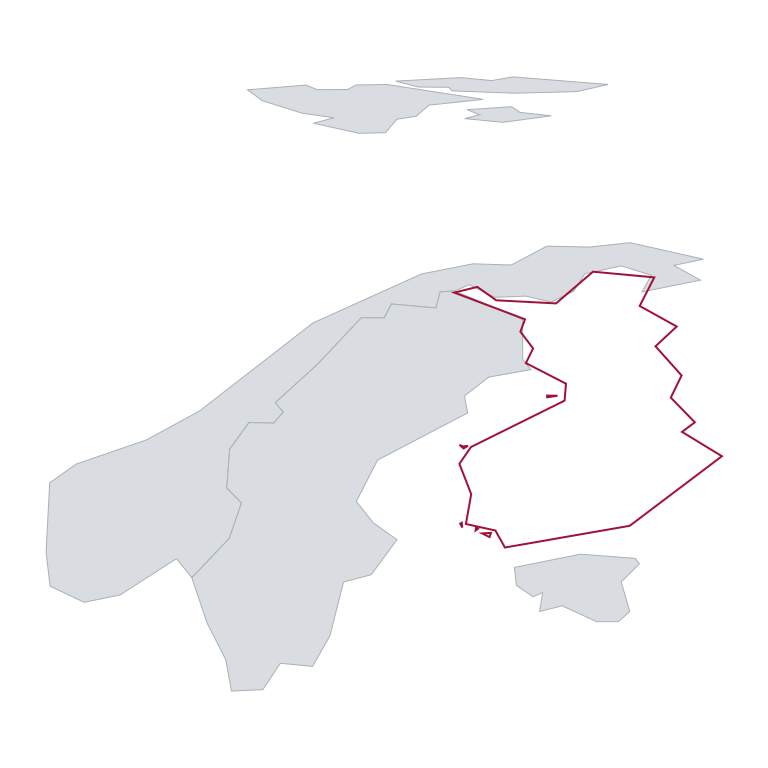 Finland shown with its bordering countries
{"feature_id": "FIN", "entity_name": "Finland", "entity_type": "country or territory", "adm_level": 0, "iso_a3": "FIN", "parent_name": "Europe", "parent_adm1": "", "projection": "equal_earth", "projection_center": [24.864, 64.94], "detail": "coarse", "context": "with_neighbors", "style": "outline", "palette": "rose", "viewbox_px": 768, "rotation_deg": 0, "n_neighbors": 3, "source": "natural_earth", "source_scale": "50m", "svg_char_len": 2457}
<svg xmlns="http://www.w3.org/2000/svg" viewBox="0 0 768 768"><path d="M347.5,89.5L356.1,85.0L387.2,84.5L483.2,99.4L428.9,105.1L416.2,116.3L397.0,119.2L385.4,132.7L359.1,133.3L313.5,123.3L333.9,117.7L302.1,113.2L262.2,100.7L247.5,89.8L306.2,85.1L317.1,89.7L347.5,89.5ZM700.4,280.1L642.0,291.9L651.3,275.2L621.0,265.9L584.9,273.8L573.6,291.3L551.1,302.0L525.8,296.1L495.0,297.3L469.2,284.6L454.8,290.9L440.2,291.9L435.9,308.0L391.5,304.0L384.2,317.8L361.3,317.8L317.2,364.6L275.4,402.6L283.4,412.0L273.6,423.1L249.0,422.6L229.7,449.2L226.8,487.9L241.5,502.9L229.2,538.6L191.8,577.7L176.5,558.6L120.2,594.9L84.1,602.3L50.1,586.2L46.1,552.6L49.7,482.8L76.3,464.0L146.4,439.9L199.6,410.9L313.0,322.9L421.4,274.0L473.1,263.8L511.3,265.0L546.9,246.1L589.0,247.1L630.2,242.7L703.4,259.2L673.9,265.4L700.4,280.1ZM608.1,84.5L576.8,91.6L515.0,93.2L452.3,90.9L448.7,87.3L418.2,87.0L395.6,81.1L461.1,77.6L491.6,80.6L513.1,76.9L608.1,84.5ZM551.2,115.8L502.8,122.3L464.7,118.6L479.8,114.6L467.0,109.7L511.7,106.7L520.1,112.4L551.2,115.8Z" fill="#d9dde1" stroke="#a8b0b8" stroke-width="1"/><path d="M191.8,577.7L229.2,538.6L241.5,502.9L226.8,487.9L229.7,449.2L249.0,422.6L273.6,423.1L283.4,412.0L275.4,402.6L317.2,364.6L361.3,317.8L384.2,317.8L391.5,304.0L435.9,308.0L440.2,291.9L454.8,290.9L522.6,319.7L522.7,359.3L530.8,369.6L488.7,377.1L464.4,396.0L467.7,412.9L377.5,460.1L356.3,501.5L373.2,522.7L397.0,539.7L371.2,574.7L343.5,582.0L329.9,635.8L312.6,666.4L280.3,663.3L262.9,689.6L231.5,691.1L225.8,659.8L207.0,622.8L191.8,577.7Z" fill="#d9dde1" stroke="#a8b0b8" stroke-width="1"/><path d="M635.3,558.4L639.4,563.8L621.2,581.9L629.7,611.5L618.5,621.7L596.6,621.7L562.1,605.8L539.6,611.5L542.7,592.7L533.0,596.7L516.4,585.4L514.4,567.4L580.2,554.2L635.3,558.4Z" fill="#d9dde1" stroke="#a8b0b8" stroke-width="1"/><path d="M566.0,383.7L525.9,363.1L533.1,348.4L520.4,331.7L525.0,319.3L454.2,292.6L477.3,286.9L496.2,300.3L556.0,303.4L593.0,271.7L654.3,277.4L639.7,306.0L676.7,326.5L655.5,346.3L681.6,375.5L670.8,397.6L694.8,422.3L682.0,431.9L721.9,456.2L629.7,525.8L504.9,547.5L495.4,530.5L465.9,524.0L471.2,494.1L459.4,463.8L471.0,447.0L564.6,400.6L566.0,383.7ZM482.2,533.4L491.0,532.9L489.5,537.1L482.2,533.4ZM557.5,395.7L547.2,397.3L547.1,395.6L557.5,395.7ZM459.5,444.9L463.1,446.5L467.9,445.8L463.6,448.5L459.5,444.9ZM461.7,522.7L462.3,527.5L460.2,523.7L461.7,522.7ZM477.9,528.8L475.6,530.5L475.9,527.8L477.9,528.8Z" fill="none" stroke="#9f1239" stroke-width="2"/></svg>